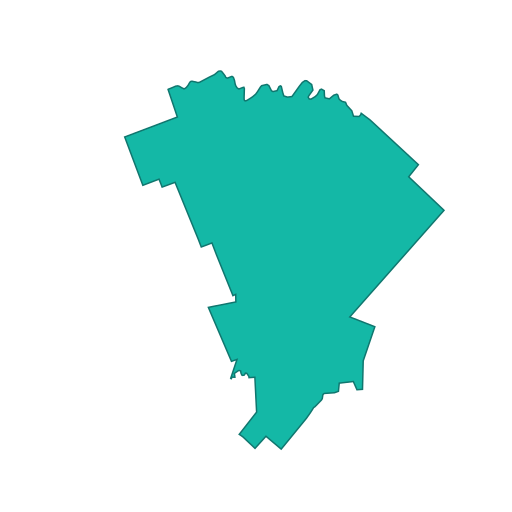 the district of Piatra, Teleorman, Romania, rotated 289°
{"feature_id": "2599482B63430265484644", "entity_name": "Piatra", "entity_type": "district", "adm_level": 2, "iso_a3": "ROU", "parent_name": "Romania", "parent_adm1": "Teleorman", "projection": "orthographic", "projection_center": [25.223, 43.835], "detail": "fine", "context": "isolated", "style": "filled", "palette": "teal", "viewbox_px": 512, "rotation_deg": 289, "n_neighbors": 0, "source": "geoboundaries", "source_scale": "gbopen_adm2", "svg_char_len": 2370}
<svg xmlns="http://www.w3.org/2000/svg" viewBox="0 0 512 512"><g transform="rotate(289 256 256)"><path d="M384.9,118.6L376.6,125.0L361.8,136.4L325.8,93.1L286.0,126.0L297.1,139.3L290.6,144.8L299.3,155.5L252.9,196.1L246.7,201.3L250.3,205.7L254.0,210.1L244.3,218.2L211.6,246.6L211.0,247.1L213.1,249.3L206.0,251.9L194.4,231.9L191.9,227.7L187.9,231.3L148.4,267.1L152.0,271.7L132.1,271.9L131.9,272.5L132.6,272.7L133.2,272.5L133.7,272.8L133.9,273.6L134.2,274.5L134.5,275.5L136.3,274.7L137.8,273.7L141.8,276.6L142.3,277.5L142.3,278.9L140.4,279.9L138.8,281.4L138.7,282.0L139.4,283.5L140.4,283.9L141.8,284.1L142.1,285.4L141.4,286.4L139.8,288.5L138.7,289.0L141.0,294.4L108.6,307.4L81.9,298.2L81.4,300.2L80.7,302.5L73.8,317.7L79.9,320.3L88.8,324.1L81.6,342.7L92.1,346.6L118.9,356.5L125.8,358.5L126.7,358.7L129.0,359.3L131.4,359.8L132.7,360.8L141.2,364.8L142.7,365.1L146.6,364.4L147.7,364.8L148.4,365.6L152.3,374.8L154.9,378.0L162.9,376.1L169.0,388.9L162.4,395.0L164.6,400.1L191.8,391.5L227.8,391.4L228.9,364.5L360.4,418.9L380.6,374.6L395.2,379.8L421.8,319.5L425.2,309.0L423.5,309.0L421.5,308.1L419.9,302.7L424.5,299.3L428.0,292.8L430.5,290.6L430.2,287.1L430.8,284.9L431.6,283.3L434.8,281.0L435.3,279.7L433.4,277.2L428.5,274.2L428.0,269.7L429.7,268.6L434.5,266.7L435.1,263.6L434.1,262.4L428.7,261.5L426.0,260.1L422.3,257.0L421.8,255.2L423.2,253.6L424.8,253.8L431.4,255.8L436.3,252.8L437.2,249.9L438.2,246.9L437.7,245.2L435.2,243.3L430.6,241.7L418.5,238.1L417.5,236.1L416.5,234.1L416.4,230.2L419.2,228.1L424.6,224.7L424.8,223.6L423.6,222.6L419.2,222.1L417.0,218.5L417.3,216.8L421.3,212.7L421.8,210.5L418.9,205.9L417.3,205.2L414.4,204.5L411.8,203.9L408.9,203.0L405.5,201.0L403.0,199.1L400.3,196.9L399.3,195.7L399.2,195.2L399.2,194.8L399.6,194.2L400.4,193.7L402.4,193.0L405.7,192.0L410.5,190.5L411.6,189.6L411.2,188.9L408.4,185.5L408.4,185.0L408.8,183.4L410.3,181.5L412.0,180.2L415.0,178.5L417.4,176.6L418.0,175.4L417.9,174.6L414.9,171.1L414.9,169.9L415.0,169.3L415.6,168.7L416.1,168.3L416.4,167.9L417.9,165.7L419.4,163.3L419.4,162.4L418.9,161.1L418.4,160.3L414.0,157.7L409.7,153.4L401.8,146.0L401.0,144.5L400.9,142.2L400.6,140.3L400.5,138.9L400.1,137.9L399.5,137.2L397.9,136.7L395.2,136.2L392.8,135.3L391.5,134.5L390.6,133.5L390.9,131.0L391.5,128.1L391.4,126.6L390.4,124.7L388.0,122.1L386.7,120.6L385.1,118.7L384.9,118.6Z" fill="#14b8a6" stroke="#0f766e" stroke-width="1.5"/></g></svg>